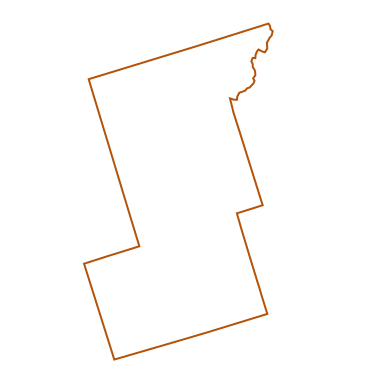 the district of Ministro Andreazza, Rondônia, Brazil, rotated 163°
{"feature_id": "56859067B65241232430905", "entity_name": "Ministro Andreazza", "entity_type": "district", "adm_level": 2, "iso_a3": "BRA", "parent_name": "Brazil", "parent_adm1": "Rondônia", "projection": "orthographic", "projection_center": [-61.644, -11.16], "detail": "fine", "context": "isolated", "style": "outline", "palette": "amber", "viewbox_px": 384, "rotation_deg": 163, "n_neighbors": 0, "source": "geoboundaries", "source_scale": "gbopen_adm2", "svg_char_len": 879}
<svg xmlns="http://www.w3.org/2000/svg" viewBox="0 0 384 384"><g transform="rotate(163 192 192)"><path d="M315.3,54.5L271.6,53.9L247.9,53.6L219.7,53.3L155.6,53.4L155.7,71.4L155.6,83.1L155.7,86.8L155.7,116.4L155.6,137.7L155.6,142.1L155.3,158.5L135.2,158.6L128.3,158.7L128.4,172.2L128.8,230.0L129.1,255.8L128.3,270.4L125.1,268.1L122.0,267.1L120.8,270.0L117.7,273.1L111.8,273.3L108.7,275.1L106.3,275.1L101.6,277.8L99.7,280.0L100.3,282.8L97.3,285.1L96.4,288.8L96.6,291.2L97.4,293.9L96.5,296.5L97.0,299.6L94.8,302.5L92.3,301.5L91.2,304.4L88.9,307.3L86.7,308.8L83.7,305.8L81.4,304.3L78.0,307.3L76.8,312.7L72.8,316.7L70.0,318.4L67.8,322.2L69.3,324.6L68.9,327.9L69.6,330.7L146.5,330.1L160.2,330.1L188.4,330.1L202.4,330.1L216.8,330.1L257.8,330.1L257.9,304.4L258.0,262.5L258.2,186.3L258.2,155.5L291.7,155.3L316.2,155.0L315.3,54.5Z" fill="none" stroke="#b45309" stroke-width="2"/></g></svg>